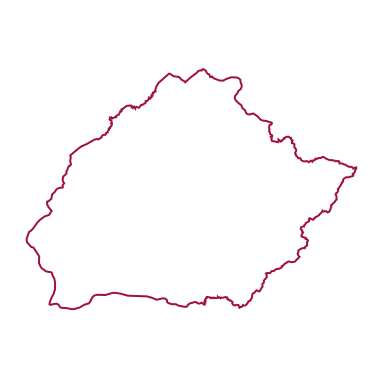 Viengthong, Bolikhamxai, Laos (orthographic projection), rotated 93°
{"feature_id": "54806243B87134843513913", "entity_name": "Viengthong", "entity_type": "district", "adm_level": 2, "iso_a3": "LAO", "parent_name": "Laos", "parent_adm1": "Bolikhamxai", "projection": "orthographic", "projection_center": [104.389, 18.699], "detail": "fine", "context": "isolated", "style": "outline", "palette": "rose", "viewbox_px": 384, "rotation_deg": 93, "n_neighbors": 0, "source": "geoboundaries", "source_scale": "gbopen_adm2", "svg_char_len": 5958}
<svg xmlns="http://www.w3.org/2000/svg" viewBox="0 0 384 384"><g transform="rotate(93 192 192)"><path d="M122.1,277.8L122.9,277.6L124.0,278.1L125.1,276.2L126.3,275.8L127.4,276.4L127.7,276.3L127.6,275.7L128.5,275.5L130.7,276.1L131.5,277.3L132.5,277.2L133.0,278.5L134.2,278.1L135.6,279.3L136.9,279.3L137.7,281.0L139.3,281.3L139.8,283.9L141.1,285.0L142.3,285.2L142.4,285.9L144.1,287.6L144.4,288.3L144.0,289.8L144.9,292.3L149.6,299.6L152.0,304.4L154.3,307.4L161.8,315.5L163.5,314.9L167.2,315.3L171.1,314.3L172.2,315.4L172.2,316.0L174.5,317.2L176.7,317.7L177.6,318.4L180.4,318.5L183.3,321.4L186.6,321.9L189.1,320.9L189.9,320.1L192.1,321.6L194.0,321.2L194.6,321.9L194.5,323.6L195.4,326.0L196.6,327.6L199.3,329.2L201.8,331.6L206.2,332.1L208.9,335.0L209.2,336.2L211.4,336.1L212.6,335.6L214.6,334.5L218.3,331.2L222.4,333.6L224.1,337.9L228.0,342.6L230.8,345.0L236.8,348.8L239.2,350.9L240.4,352.6L246.3,354.4L248.5,354.7L251.1,353.9L255.3,349.6L255.8,347.4L264.3,341.2L271.0,341.1L274.4,339.3L276.1,338.0L278.9,333.5L279.5,328.5L280.1,327.7L282.8,326.8L285.6,325.0L289.7,324.0L296.4,323.7L301.4,325.0L304.3,326.5L308.2,327.9L311.5,328.5L312.1,327.4L310.9,323.6L310.7,321.1L311.4,319.5L313.9,317.6L314.5,316.5L314.5,311.5L315.3,305.6L315.1,303.9L313.3,298.3L310.2,293.6L308.5,289.0L306.3,287.7L302.1,285.9L300.5,284.1L299.6,281.4L299.4,273.1L297.4,267.6L296.7,264.6L297.1,258.8L298.9,250.7L298.6,231.4L299.6,226.9L301.5,221.6L299.9,216.4L299.7,214.3L300.1,212.8L301.0,211.5L303.2,211.1L304.2,209.6L305.1,206.2L304.9,202.2L306.2,199.5L307.1,193.0L306.7,191.1L305.2,190.3L303.5,188.6L301.6,183.0L301.9,181.7L302.8,180.9L303.1,178.7L302.0,176.5L303.7,174.4L303.4,174.2L303.6,173.5L302.4,173.7L302.0,173.0L301.0,173.9L300.2,173.6L300.1,172.9L299.0,173.4L297.6,172.1L297.3,172.4L296.7,171.8L296.2,171.9L296.0,171.4L296.4,168.4L297.0,167.8L296.5,167.3L297.0,165.6L296.4,165.2L296.7,164.5L296.4,163.9L296.7,163.5L296.4,160.7L295.6,160.7L296.2,160.2L295.7,158.8L296.6,158.0L296.0,157.0L295.8,154.8L295.2,153.5L295.3,151.8L296.0,151.7L296.2,150.9L296.9,151.1L297.6,150.5L297.9,148.6L298.6,148.3L298.5,147.5L299.8,145.7L301.2,146.0L302.5,144.9L303.1,143.3L302.4,141.8L302.4,139.8L305.1,138.5L304.1,137.2L304.0,136.2L302.3,135.3L302.8,134.3L302.3,132.5L301.2,131.4L300.6,131.3L300.4,130.8L298.3,130.0L297.3,127.8L296.2,127.8L295.7,127.1L294.2,126.6L291.3,126.4L290.1,125.9L289.4,124.4L288.1,123.7L286.8,122.2L287.8,119.9L287.3,119.0L283.7,117.4L282.9,116.6L280.1,116.9L278.8,115.5L276.7,115.5L275.4,114.8L274.6,113.8L273.0,112.9L272.2,112.8L271.1,113.4L270.4,113.2L269.5,113.8L269.0,113.0L268.9,109.8L266.8,108.3L266.7,106.2L264.7,104.2L264.2,101.1L263.2,99.4L262.6,98.5L261.3,98.5L261.1,97.5L258.9,95.8L258.1,94.2L257.0,93.4L256.3,91.4L256.9,88.6L256.2,85.6L253.8,83.8L253.6,83.1L252.5,82.5L251.5,81.4L251.1,81.2L250.1,82.3L247.9,83.3L246.7,82.6L245.1,82.8L244.1,81.9L242.2,78.6L242.2,76.4L241.0,76.3L239.3,74.2L236.2,74.6L234.7,73.6L233.5,74.2L232.9,76.0L232.2,75.7L231.8,76.0L231.2,79.2L230.4,80.5L229.7,80.5L226.5,79.0L226.0,79.9L224.7,79.9L223.5,81.4L221.5,81.3L220.6,79.3L220.6,78.4L219.3,78.2L218.8,77.4L217.2,76.8L215.1,73.7L213.8,73.5L213.4,73.9L212.0,73.2L213.4,69.7L212.3,69.0L212.2,68.4L211.1,67.9L208.6,63.9L207.7,63.6L206.0,61.8L204.0,60.7L204.6,60.4L204.7,59.7L204.2,58.6L204.4,58.1L204.1,57.0L205.2,55.7L204.7,54.2L203.0,53.1L200.9,52.7L200.2,52.2L197.9,52.4L197.4,51.4L196.0,50.7L194.6,49.0L193.5,48.6L191.8,47.1L190.1,47.5L188.4,47.5L187.0,48.5L185.9,48.2L185.2,47.2L184.3,46.6L183.2,46.1L181.2,46.4L180.8,45.8L178.3,44.3L174.1,42.4L173.6,41.6L171.7,41.7L170.9,41.2L169.1,38.7L169.3,37.0L167.5,32.0L167.0,31.7L165.5,32.5L164.8,31.3L163.7,30.5L161.7,30.2L160.3,29.3L158.9,29.3L159.3,30.9L160.2,32.2L159.4,32.5L158.6,33.9L158.6,36.5L157.6,39.1L156.7,40.1L156.6,41.5L155.8,43.2L155.5,45.6L155.8,46.2L154.7,46.7L153.9,46.6L153.5,47.0L153.6,48.0L153.3,48.6L153.9,50.0L153.1,51.2L153.3,52.4L152.8,53.5L153.0,56.0L152.1,59.0L150.1,62.5L150.2,63.6L151.3,65.2L151.5,67.5L152.5,69.2L152.2,70.5L153.4,70.8L154.0,71.6L154.2,73.0L155.5,73.4L154.4,74.9L156.2,76.9L155.1,78.6L155.6,81.4L155.5,82.4L154.5,84.6L152.5,85.6L152.8,87.7L151.1,88.7L150.4,89.9L149.8,89.9L149.2,90.6L148.4,90.5L147.8,91.0L147.1,91.0L145.6,90.1L144.1,90.2L141.7,92.2L138.9,92.2L138.6,93.0L137.6,94.0L137.9,94.7L136.3,95.0L135.2,94.3L134.2,95.8L132.7,96.0L132.7,97.1L131.7,98.5L132.0,100.7L132.6,101.3L133.1,102.8L134.0,102.6L134.7,103.9L135.9,104.6L135.9,105.3L136.7,105.4L137.0,106.0L135.1,108.3L137.1,108.2L137.8,108.7L136.8,114.9L135.2,115.5L134.1,115.2L132.9,116.1L132.5,114.9L131.2,114.9L130.3,116.9L128.1,117.4L127.4,118.2L125.3,117.8L123.7,118.5L120.9,118.0L120.5,116.4L119.3,115.8L118.6,116.0L117.2,121.6L116.9,125.5L116.0,127.5L112.8,130.7L110.4,134.9L111.6,138.8L111.4,140.8L109.9,142.3L107.6,143.3L105.5,146.1L102.8,147.2L101.0,149.9L98.2,153.1L96.0,154.2L94.1,154.1L89.9,151.3L88.7,151.0L86.5,148.6L84.7,148.0L83.2,147.9L78.8,149.5L77.6,149.5L76.1,151.0L75.3,153.4L75.4,158.8L77.2,163.4L79.2,166.8L79.2,170.5L77.3,176.3L75.6,178.1L76.3,178.6L76.2,179.9L73.7,180.9L73.1,182.6L72.0,183.6L70.2,184.5L68.7,187.1L69.0,187.9L70.2,188.7L70.1,190.2L71.0,192.3L72.6,193.3L77.1,198.8L82.8,204.5L82.0,205.0L80.7,207.8L77.8,211.1L77.3,216.6L75.2,219.9L75.0,221.1L84.7,231.1L88.5,233.1L92.2,234.0L93.4,233.7L93.3,234.6L95.0,235.4L94.8,236.2L95.8,236.6L97.2,236.4L97.5,237.4L98.2,236.9L98.4,237.5L99.9,237.5L100.2,238.5L99.9,239.6L101.2,239.2L101.2,240.2L103.2,241.2L103.7,243.1L104.9,242.9L105.8,243.3L106.7,245.1L107.5,245.8L107.7,247.3L110.4,249.0L110.6,250.0L109.9,251.7L110.4,252.1L110.5,253.1L111.1,253.2L109.7,253.9L110.2,254.9L110.7,254.8L111.2,255.3L110.3,255.9L110.5,256.7L109.1,256.7L108.8,257.3L109.4,261.7L112.5,265.5L113.4,264.9L112.8,265.8L113.2,266.8L114.8,266.5L115.3,266.9L115.1,267.8L118.6,269.1L118.8,270.0L120.0,271.6L122.0,271.6L120.9,272.2L121.9,273.7L122.1,275.0L122.8,275.6L122.7,276.2L121.7,276.5L122.2,277.5L122.1,277.8Z" fill="none" stroke="#9f1239" stroke-width="2"/></g></svg>